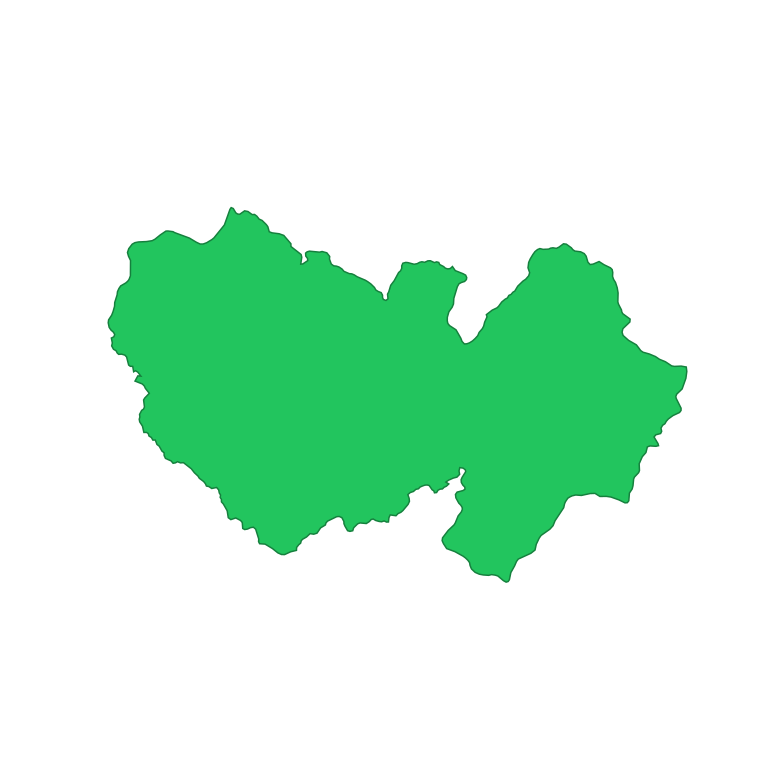 the district of Lassance, Minas Gerais, Brazil, rotated 21°
{"feature_id": "56859067B47117401129154", "entity_name": "Lassance", "entity_type": "district", "adm_level": 2, "iso_a3": "BRA", "parent_name": "Brazil", "parent_adm1": "Minas Gerais", "projection": "albers", "projection_center": [-44.677, -17.876], "detail": "fine", "context": "isolated", "style": "filled", "palette": "green", "viewbox_px": 768, "rotation_deg": 21, "n_neighbors": 0, "source": "geoboundaries", "source_scale": "gbopen_adm2", "svg_char_len": 6166}
<svg xmlns="http://www.w3.org/2000/svg" viewBox="0 0 768 768"><g transform="rotate(21 384 384)"><path d="M584.5,484.9L583.6,479.1L584.1,472.4L584.9,469.1L590.9,460.1L592.6,455.7L592.7,450.3L596.1,435.1L595.5,431.1L595.6,428.9L596.5,424.8L597.9,422.9L599.7,421.0L602.8,418.9L608.2,417.3L615.7,412.4L620.2,410.5L625.9,411.6L631.9,409.2L636.4,408.2L644.8,408.0L651.6,408.6L653.7,407.6L654.4,405.3L652.2,397.9L653.3,393.1L652.9,389.7L651.1,383.2L651.2,381.1L653.5,375.5L653.5,373.2L650.8,367.0L651.2,359.3L653.1,354.1L652.4,348.3L654.5,346.5L660.2,344.7L662.4,343.2L661.2,341.5L655.1,336.7L656.0,334.0L660.0,331.1L660.2,328.7L658.4,325.9L658.9,322.7L660.5,320.4L660.9,317.6L662.0,314.7L665.1,309.9L670.1,304.7L670.8,302.3L670.0,300.1L662.0,292.8L660.9,291.1L660.9,288.6L664.1,281.8L663.8,270.5L662.2,263.8L660.1,259.8L655.0,260.8L648.8,263.5L646.1,264.0L638.9,262.4L632.3,262.2L627.6,261.1L620.9,260.9L614.4,261.5L611.7,260.8L605.6,257.0L596.7,255.6L589.8,253.0L587.7,250.3L587.2,246.7L591.3,238.0L590.5,235.2L581.7,232.8L580.2,231.5L579.1,229.7L574.4,225.5L572.9,223.6L569.9,215.1L567.2,210.5L563.7,206.2L560.9,204.1L558.8,201.6L557.6,197.9L556.0,195.4L553.8,194.4L546.7,193.8L540.9,192.6L536.3,197.1L533.6,198.6L530.7,197.2L526.9,192.2L524.2,190.5L520.2,190.1L514.5,191.5L512.1,190.9L510.1,189.7L504.1,188.1L501.3,188.8L498.3,193.5L496.3,195.6L492.9,196.3L490.8,197.5L489.3,199.1L484.2,201.3L481.0,201.7L479.1,203.5L477.5,206.3L476.6,209.7L475.7,214.8L475.5,218.7L476.8,223.9L480.1,227.9L480.3,231.2L478.7,235.5L476.8,238.2L473.8,244.7L472.8,250.4L471.4,252.2L470.6,254.7L468.8,256.6L468.4,259.4L466.7,261.4L464.5,265.3L463.1,270.5L462.1,272.5L458.5,276.3L454.7,282.6L456.1,284.4L455.8,290.2L456.3,294.2L456.0,297.0L454.3,301.8L454.2,305.3L452.8,308.9L451.2,312.1L449.0,315.0L446.9,316.8L444.7,317.8L441.6,316.3L439.3,313.7L431.8,307.6L424.3,306.0L421.9,304.6L420.4,302.3L419.2,299.0L418.7,293.3L420.1,288.0L420.2,284.4L418.5,279.0L417.6,266.9L418.1,263.5L420.0,261.4L422.5,259.4L423.5,257.0L423.1,255.0L421.2,253.1L418.1,252.7L409.9,252.6L405.8,249.8L404.5,252.4L402.4,253.7L399.8,253.9L397.6,253.0L393.2,252.5L391.6,250.9L389.4,251.1L387.5,252.6L383.1,252.3L380.8,253.3L378.4,255.8L375.6,256.3L373.8,257.5L371.8,259.8L369.2,261.4L362.8,262.1L360.7,262.7L358.3,264.5L358.2,267.4L359.1,269.6L358.9,272.4L357.7,274.7L356.5,283.9L354.9,289.4L355.4,296.3L355.1,298.9L357.2,303.0L355.9,305.3L353.1,305.3L351.6,303.7L350.8,301.6L348.6,299.7L345.3,299.7L342.6,299.1L340.5,297.3L335.9,295.3L332.1,294.3L329.3,293.8L320.5,293.5L317.2,292.8L314.5,292.7L312.0,293.4L306.3,293.2L303.6,291.7L300.1,290.9L297.4,291.0L294.7,291.7L291.8,290.9L288.3,286.9L287.6,284.4L283.6,282.0L278.7,282.5L276.6,284.0L266.8,286.7L264.9,288.1L263.9,289.9L265.1,292.6L267.6,294.2L268.6,296.1L265.2,301.0L263.3,301.9L261.8,295.1L260.2,292.8L247.9,289.0L246.8,286.4L237.2,281.2L232.3,281.3L225.3,283.0L222.3,283.0L219.2,278.8L217.1,277.4L211.6,275.0L208.3,274.8L205.2,272.9L202.4,272.1L200.2,273.1L195.2,271.7L191.8,272.3L188.5,277.2L186.5,277.8L184.3,277.3L180.4,274.2L178.1,274.1L177.6,276.1L178.0,292.7L172.9,308.5L171.6,310.8L167.8,315.7L165.0,318.1L162.2,319.2L158.0,318.9L150.0,317.5L134.3,317.7L132.4,317.4L127.4,318.6L125.6,319.4L121.7,325.0L118.3,330.9L116.2,333.3L111.3,336.1L103.8,339.4L100.8,341.3L98.8,343.7L97.2,349.1L97.4,353.2L99.7,356.3L103.1,359.5L108.5,373.9L108.5,377.8L107.9,379.9L106.7,382.2L103.0,386.8L102.3,389.8L102.1,393.4L102.9,396.4L103.4,404.4L104.6,408.0L105.1,413.4L105.1,417.3L103.9,422.8L104.6,425.7L107.1,429.6L109.8,431.5L112.8,432.6L114.8,434.2L114.9,436.7L113.0,438.8L115.7,443.1L116.1,446.0L119.0,448.5L122.0,449.0L123.9,450.7L125.7,451.4L128.2,450.2L131.7,449.9L134.0,451.0L138.8,457.8L140.8,458.4L143.1,457.6L145.9,462.3L147.2,460.7L149.8,461.1L154.2,463.8L151.3,464.6L150.5,470.5L158.4,470.6L161.0,471.8L162.8,473.6L168.2,476.8L165.6,483.0L165.3,485.1L168.6,491.3L168.5,493.6L167.2,495.5L166.7,500.0L167.9,502.3L168.1,504.6L169.5,506.9L173.6,509.9L177.2,515.3L179.6,514.3L181.6,514.7L183.3,516.8L186.0,517.3L188.3,519.2L190.6,518.3L193.7,521.8L196.4,522.6L200.7,526.2L203.3,527.0L204.4,529.6L206.7,531.8L212.8,532.1L215.5,533.6L217.6,532.3L219.1,530.5L222.2,530.6L225.0,529.3L234.5,532.2L238.8,534.8L243.3,536.6L245.4,538.2L250.6,539.7L253.0,541.1L254.8,542.9L257.3,542.5L260.6,543.3L264.8,540.6L267.6,542.1L269.3,544.8L271.2,546.2L271.7,548.6L273.5,549.9L274.5,552.3L277.0,553.6L283.0,558.5L286.5,564.6L289.6,565.5L293.6,562.2L299.0,562.8L301.3,564.1L303.9,569.5L306.1,569.8L308.6,568.3L310.8,566.0L313.4,564.5L316.2,565.5L322.6,573.6L323.4,576.1L325.1,577.7L330.4,576.1L338.8,577.6L345.4,579.7L349.4,579.9L352.3,578.9L357.0,574.1L361.9,570.7L361.0,567.9L362.0,564.6L363.2,562.5L362.9,559.8L363.8,557.9L366.5,554.6L368.6,550.2L372.2,549.4L374.9,547.3L376.4,541.0L379.8,536.6L379.6,534.6L380.4,532.3L387.4,524.8L389.7,523.7L392.6,523.9L395.8,526.7L396.7,528.8L398.5,530.7L402.6,534.0L405.0,533.8L407.4,532.2L407.2,529.1L409.5,524.0L411.4,522.3L417.5,520.6L419.6,517.7L420.6,515.1L422.3,513.9L425.1,514.4L428.6,514.1L431.1,513.5L433.2,511.8L435.8,512.0L437.6,511.2L436.5,507.0L436.7,504.0L442.4,502.7L443.5,500.0L445.7,497.8L447.0,495.4L449.6,487.8L449.8,484.4L448.4,481.7L445.9,478.7L447.4,475.9L450.0,473.8L451.5,470.9L453.7,469.5L454.6,467.3L456.4,465.5L458.4,463.8L460.5,462.8L462.6,462.6L466.8,465.5L468.8,465.9L470.1,467.5L472.0,466.5L472.5,463.8L474.0,462.1L476.2,461.0L477.1,458.9L478.9,457.0L480.3,454.1L476.9,453.4L478.7,450.7L482.4,447.0L485.5,444.8L487.0,441.2L485.2,438.3L484.7,434.9L488.0,434.2L490.6,434.9L491.7,436.6L490.4,443.1L490.3,445.7L491.5,448.2L493.8,450.1L496.4,451.3L497.3,453.3L495.9,455.2L491.0,458.7L490.3,461.5L491.9,464.5L496.5,468.4L499.1,469.6L501.4,471.4L502.1,473.4L502.0,475.9L500.5,480.5L500.3,488.3L499.9,490.4L496.4,497.7L493.8,506.6L494.4,509.4L496.8,511.8L501.5,515.2L510.3,515.1L519.6,516.4L522.4,517.2L525.5,518.5L527.9,520.1L529.4,522.6L531.9,525.3L536.6,527.2L541.1,527.4L545.1,526.7L550.3,525.1L552.7,523.4L556.3,522.6L559.0,522.4L566.0,524.8L569.0,525.2L570.7,523.9L571.2,521.8L570.0,514.6L571.1,507.1L571.3,502.2L572.1,499.3L581.8,489.4L584.5,484.9Z" fill="#22c55e" stroke="#15803d" stroke-width="1.5"/></g></svg>